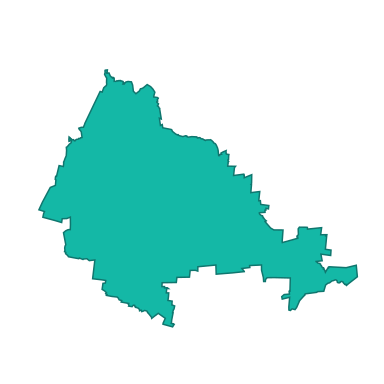 Aguascalientes, Aguascalientes, Mexico, rotated 83°
{"feature_id": "50627088B6632860871958", "entity_name": "Aguascalientes", "entity_type": "district", "adm_level": 2, "iso_a3": "MEX", "parent_name": "Mexico", "parent_adm1": "Aguascalientes", "projection": "equal_earth", "projection_center": [-102.284, 21.849], "detail": "fine", "context": "isolated", "style": "filled", "palette": "teal", "viewbox_px": 384, "rotation_deg": 83, "n_neighbors": 0, "source": "geoboundaries", "source_scale": "gbopen_adm2", "svg_char_len": 5956}
<svg xmlns="http://www.w3.org/2000/svg" viewBox="0 0 384 384"><g transform="rotate(83 192 192)"><path d="M82.4,220.2L79.9,223.4L82.3,227.1L83.1,228.7L83.3,230.6L85.3,231.9L87.6,235.7L84.9,237.9L78.6,237.9L75.3,238.7L74.5,242.0L74.8,244.3L76.2,245.9L76.6,246.1L76.4,247.4L75.4,246.7L75.3,247.0L74.9,247.0L74.8,246.6L74.2,247.1L73.9,247.0L73.6,247.4L73.5,248.0L73.0,248.8L73.0,249.3L72.7,249.3L72.6,249.5L72.8,250.0L72.6,250.3L72.5,250.6L72.5,251.2L72.7,251.3L72.6,251.9L72.8,252.3L72.4,252.9L72.9,253.8L72.9,254.7L72.4,255.4L72.5,255.7L69.8,255.4L69.5,256.3L68.9,255.9L68.5,256.7L68.8,257.4L66.8,259.0L63.7,259.9L63.8,262.0L63.1,262.0L63.1,261.7L60.5,261.1L60.5,263.3L61.0,263.6L62.9,263.7L64.4,264.4L64.7,264.4L66.9,263.6L68.5,262.8L72.9,263.5L74.6,263.5L76.0,264.1L76.4,265.0L77.8,266.9L81.9,269.0L81.0,270.9L81.1,271.0L110.7,289.9L112.7,290.8L112.8,291.0L114.5,291.8L114.3,294.2L114.7,295.5L114.7,296.2L114.9,296.6L116.3,296.2L117.1,295.5L118.7,294.6L124.5,294.5L124.6,295.9L125.3,296.8L125.0,297.8L125.7,298.5L125.7,300.3L126.3,301.3L126.9,301.7L126.9,302.1L126.8,302.6L125.6,303.2L125.7,305.1L124.6,305.2L124.4,306.1L123.5,306.2L122.4,307.3L124.9,307.8L126.7,307.9L126.5,306.9L126.0,306.1L126.7,305.6L127.4,305.5L128.4,306.0L129.7,308.0L131.9,310.3L132.3,311.3L135.3,311.4L140.7,312.4L143.2,313.9L146.0,315.3L146.6,315.8L148.1,315.9L151.0,316.6L149.6,320.7L160.0,324.6L159.8,325.4L160.9,325.8L162.9,326.2L163.4,325.6L168.8,326.8L170.2,332.1L183.7,341.6L191.0,346.1L193.4,340.8L195.3,341.9L198.9,343.1L203.4,332.0L206.4,325.1L202.7,324.1L203.1,319.5L202.1,315.8L209.5,316.6L214.5,317.4L214.3,318.6L214.4,320.0L215.2,322.2L216.7,324.5L229.0,323.7L230.2,324.6L232.1,325.2L234.3,325.2L235.7,325.8L236.5,324.6L237.8,325.0L239.7,323.3L240.7,322.7L241.1,322.6L241.5,321.9L241.5,321.5L242.2,319.5L244.4,312.5L243.8,311.9L245.7,308.4L245.3,307.8L245.4,304.5L247.6,302.3L247.6,296.7L266.0,301.2L268.1,292.5L269.3,288.4L271.8,289.1L271.8,291.5L277.7,293.1L279.4,290.9L281.5,289.2L282.4,290.1L283.3,289.4L283.4,288.9L284.2,289.5L285.9,284.3L287.1,279.2L288.1,278.2L290.2,277.4L291.2,275.0L292.6,275.7L294.9,268.4L295.6,268.9L297.3,268.3L297.6,268.6L298.5,265.4L297.4,264.4L297.2,263.9L297.5,262.8L298.1,262.9L298.7,262.4L298.9,262.0L299.6,262.2L299.9,261.2L300.8,259.5L302.2,258.5L303.4,258.5L303.2,258.1L303.2,256.8L303.7,256.8L304.4,256.5L304.3,256.4L304.5,255.6L303.8,253.5L304.5,251.6L304.7,251.3L305.4,250.9L306.3,251.0L306.4,251.3L306.4,250.5L311.3,247.5L312.5,247.4L311.1,245.1L308.3,240.3L314.1,233.9L318.7,236.7L318.9,236.6L319.7,236.9L323.5,227.7L321.3,225.9L321.0,226.7L320.5,226.5L319.9,228.7L318.6,228.2L316.4,227.7L309.6,225.5L309.5,226.0L306.7,224.8L306.7,224.7L305.9,224.1L303.0,223.1L301.6,225.7L301.2,225.5L300.3,225.5L297.9,225.0L296.7,229.1L293.0,228.1L289.3,227.4L289.0,229.8L284.8,228.9L285.0,227.2L284.0,228.2L283.8,231.0L282.5,230.8L282.2,233.4L278.4,232.7L279.9,218.6L274.9,217.4L276.2,204.9L269.6,203.4L270.1,198.3L271.2,195.9L266.9,195.3L267.4,177.2L276.5,178.0L277.2,161.5L277.4,149.8L277.2,149.8L274.0,151.8L274.0,143.8L272.0,143.8L272.9,131.9L278.0,132.5L285.7,131.6L289.6,131.8L289.8,130.1L287.8,129.7L286.2,127.8L287.0,120.6L289.3,104.9L301.3,106.7L301.6,107.1L301.9,107.3L302.2,106.8L302.6,106.9L302.6,107.7L305.2,107.7L305.0,113.0L306.8,115.7L309.3,115.5L308.4,107.9L317.9,109.9L321.0,110.2L321.6,108.8L320.2,106.8L321.3,104.1L319.5,102.3L313.3,98.6L313.2,98.7L309.3,94.2L308.0,92.5L307.7,92.7L307.4,92.6L306.9,91.8L306.8,80.4L306.2,79.6L306.6,73.3L300.6,70.7L299.1,68.2L298.9,66.5L297.8,64.7L297.3,63.8L297.2,62.4L296.8,61.1L296.7,60.1L297.6,58.9L299.4,58.7L299.9,58.0L300.1,57.0L300.1,56.5L299.9,56.1L299.6,56.2L299.2,55.7L299.0,54.5L299.1,54.1L299.5,53.7L299.8,53.0L300.9,52.7L301.5,52.1L302.2,51.8L302.2,51.2L302.5,51.1L302.4,50.3L302.5,50.1L302.9,49.9L303.3,50.3L303.6,50.1L302.1,47.9L296.3,38.2L284.7,37.9L285.9,48.2L282.9,65.1L283.9,65.6L283.5,66.0L287.9,69.4L285.7,69.8L284.6,70.9L284.3,70.3L283.6,70.5L283.2,70.7L283.0,71.6L281.7,72.4L281.0,72.5L279.9,73.3L279.3,73.2L279.0,73.6L278.5,73.8L277.9,75.7L276.5,76.8L275.8,77.9L276.1,77.0L276.1,71.2L269.4,71.6L271.9,62.1L266.6,61.1L265.1,66.6L252.2,63.7L252.2,64.0L251.6,63.9L251.6,64.6L251.4,64.5L251.4,63.5L250.8,63.3L250.1,69.5L243.2,67.7L242.9,81.9L241.2,81.8L241.0,82.3L240.0,89.7L241.5,91.1L247.3,91.6L248.5,93.1L249.5,92.6L249.6,93.2L250.8,92.7L253.2,108.5L252.0,108.5L240.8,106.3L239.6,115.4L237.3,118.4L230.3,123.1L229.7,121.8L228.3,123.1L226.7,124.0L226.3,124.5L225.9,124.3L224.9,124.9L224.2,124.9L224.1,125.1L223.9,125.9L222.8,127.1L222.1,127.6L221.0,127.8L220.8,127.2L221.1,122.0L218.9,121.8L219.0,120.9L217.2,120.5L218.1,118.2L214.8,117.4L212.7,125.3L208.9,125.2L208.8,126.8L199.8,124.7L199.8,133.7L192.2,132.1L191.7,132.5L191.5,132.0L190.0,131.8L189.9,131.7L182.1,130.6L184.2,138.4L181.6,138.1L181.6,138.5L180.6,138.5L180.7,148.7L173.0,146.9L171.8,145.7L170.7,153.4L168.1,152.8L167.9,152.6L166.8,152.6L166.3,151.9L165.4,152.4L164.6,152.5L164.3,151.8L160.6,151.2L159.3,150.8L158.5,153.5L158.7,153.8L158.1,153.4L155.7,153.3L155.1,153.1L155.9,156.0L156.9,158.5L157.7,158.5L158.1,158.2L158.3,160.2L159.2,160.3L159.1,161.1L153.7,161.0L151.4,161.3L148.4,162.2L147.0,162.9L146.3,163.8L145.9,164.5L145.0,164.8L143.0,166.4L142.4,167.3L142.5,167.4L142.2,169.9L142.1,171.9L142.5,172.4L142.1,173.2L141.8,173.3L141.2,174.4L140.6,174.8L140.3,176.4L139.4,177.1L139.0,177.6L138.9,178.7L139.1,179.4L139.0,180.1L137.9,180.5L137.0,185.5L137.1,189.1L136.3,190.4L136.0,190.2L135.5,190.9L135.4,191.5L135.9,194.3L134.8,197.1L134.4,197.9L133.9,198.7L133.4,198.7L133.3,198.9L133.5,199.6L132.4,201.2L129.4,204.1L128.0,204.4L127.4,205.0L124.7,213.2L121.4,213.3L122.1,215.2L114.8,215.4L115.8,213.6L105.1,214.0L105.0,213.9L104.4,214.5L103.2,214.8L102.3,215.8L101.8,215.3L100.4,214.5L98.6,216.0L98.0,215.9L97.7,215.5L97.6,215.0L96.0,215.2L95.2,214.2L94.8,214.0L94.0,214.8L93.0,218.4L92.3,218.3L88.4,216.7L85.0,218.3L82.4,220.2Z" fill="#14b8a6" stroke="#0f766e" stroke-width="1.5"/></g></svg>